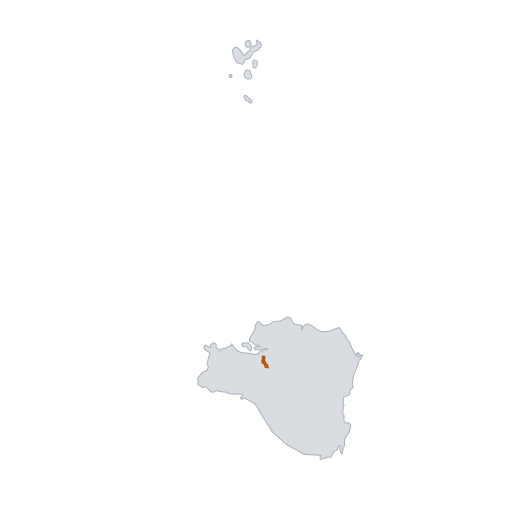 location of El Triunfo, Guayas, Ecuador, rotated 78°
{"feature_id": "8360857B22416675182339", "entity_name": "El Triunfo", "entity_type": "district", "adm_level": 2, "iso_a3": "ECU", "parent_name": "Ecuador", "parent_adm1": "Guayas", "projection": "mercator", "projection_center": [-79.418, -2.292], "detail": "fine", "context": "in_parent", "style": "filled", "palette": "amber", "viewbox_px": 512, "rotation_deg": 78, "n_neighbors": 0, "source": "geoboundaries", "source_scale": "gbopen_adm2", "svg_char_len": 5866}
<svg xmlns="http://www.w3.org/2000/svg" viewBox="0 0 512 512"><g transform="rotate(78 256 256)"><path d="M467.6,212.9L466.2,213.8L462.7,214.2L459.9,213.3L458.8,213.3L458.6,214.2L462.3,216.6L464.0,220.7L466.6,223.2L468.2,224.5L468.3,225.4L467.8,227.1L467.7,228.4L468.5,234.8L468.0,235.2L466.0,235.2L464.4,234.1L460.2,249.8L446.8,265.4L431.5,276.5L413.9,283.0L400.9,287.4L398.9,289.1L392.5,297.0L392.2,297.8L393.1,299.1L393.2,300.0L392.2,300.5L391.4,300.6L391.0,300.2L390.8,299.2L389.9,298.2L388.9,298.0L388.3,298.2L388.3,299.1L387.0,303.3L386.9,305.4L386.4,306.2L386.4,308.1L385.1,309.8L384.1,312.6L383.0,313.5L381.6,317.9L379.7,322.3L379.5,323.8L380.1,324.9L380.4,325.8L379.5,328.5L374.9,331.1L373.8,332.4L373.3,333.9L373.6,335.1L373.5,336.2L372.0,336.5L370.5,339.0L369.4,339.6L366.5,338.8L364.4,338.7L362.8,338.0L359.6,333.8L358.4,331.3L358.0,327.9L354.8,325.7L350.7,326.2L349.5,325.4L346.4,324.0L343.8,322.4L341.8,321.5L340.3,321.9L337.8,324.7L335.5,325.9L334.5,325.8L333.0,325.0L332.8,324.1L336.3,319.3L333.7,319.2L332.8,318.2L332.7,316.9L332.2,315.7L332.7,314.1L334.1,313.3L336.2,313.9L337.6,314.0L338.5,312.5L340.4,311.4L340.8,310.7L339.8,308.3L339.5,307.1L339.8,306.3L339.7,303.8L339.1,302.9L339.1,301.4L338.6,300.7L338.4,298.9L337.0,298.0L341.3,296.3L342.8,295.0L344.8,293.8L346.4,292.0L347.5,290.2L350.0,282.1L352.4,277.0L352.0,274.5L350.0,271.2L349.6,266.3L349.8,264.8L349.5,263.7L348.2,265.7L348.5,272.9L347.4,276.2L345.7,277.0L344.7,276.4L345.3,271.1L344.1,272.1L342.2,275.7L339.0,278.3L338.8,279.2L338.1,280.3L335.6,279.3L333.8,278.2L327.7,272.2L323.7,271.0L321.3,268.9L320.8,268.1L320.5,266.9L323.0,265.6L325.5,263.9L325.7,260.3L325.7,257.4L323.8,252.4L324.7,246.0L324.2,243.4L322.1,238.1L323.6,235.4L329.3,233.4L331.1,232.1L332.4,227.8L333.6,225.3L336.2,226.3L338.1,226.2L335.5,225.2L333.3,221.4L333.0,219.7L337.1,214.4L339.3,213.0L342.0,210.3L344.3,206.1L344.8,199.5L343.9,194.8L343.2,189.8L344.5,188.5L347.9,187.8L350.7,186.2L352.2,184.7L355.5,184.9L359.3,182.6L365.4,181.5L374.0,178.9L375.8,176.5L375.0,172.4L378.2,174.9L379.6,176.9L384.0,179.0L389.2,183.0L392.6,185.0L396.3,186.8L401.7,188.7L405.0,188.4L406.4,191.4L407.6,192.2L410.7,193.2L411.1,193.6L412.2,199.1L412.9,199.9L415.6,200.8L418.9,201.1L420.2,200.9L423.1,202.4L427.6,203.7L429.2,203.9L429.9,203.6L430.2,203.1L431.5,203.2L433.5,203.9L436.3,204.0L438.0,203.3L438.4,200.3L439.0,199.6L441.0,198.5L442.1,198.7L447.3,201.2L448.4,202.0L449.7,203.7L452.2,206.2L454.9,207.8L459.0,208.5L463.0,211.1L467.6,212.9ZM53.4,209.5L55.0,211.1L55.8,215.9L61.0,220.9L61.7,223.7L61.2,225.0L61.5,225.5L64.0,227.5L65.6,229.6L62.9,234.5L57.0,236.5L50.8,236.5L49.5,235.9L47.9,234.1L47.6,232.4L48.5,230.8L51.8,228.4L56.7,226.3L57.3,224.6L55.3,223.0L53.9,219.8L50.8,217.6L49.3,210.7L48.3,210.4L46.2,211.3L45.1,210.5L44.9,210.1L47.2,208.5L47.7,207.4L51.0,206.9L52.5,207.7L53.4,209.5ZM77.6,230.1L76.3,230.2L72.3,227.6L72.5,225.2L74.1,223.5L79.3,222.7L81.5,224.2L81.3,227.2L79.6,229.3L78.1,229.7L77.6,230.1ZM342.0,287.2L341.5,288.2L339.1,288.1L338.4,287.8L339.0,283.0L339.7,281.5L341.7,280.0L343.4,279.3L345.5,279.4L347.8,280.8L345.1,283.2L343.0,283.9L342.0,287.2ZM49.4,222.1L46.8,222.5L44.6,221.6L43.7,220.2L43.5,218.2L43.7,217.5L48.5,216.7L50.1,218.5L50.0,221.0L49.4,222.1ZM101.4,233.7L98.3,234.8L96.6,233.8L96.5,233.1L98.2,231.5L99.8,230.7L101.3,228.8L104.0,227.7L104.8,228.0L105.3,228.4L105.5,229.0L104.6,230.5L102.9,231.5L101.4,233.7ZM71.4,218.8L70.2,219.6L65.4,218.7L63.8,217.1L65.1,215.1L66.1,214.3L69.0,215.0L72.0,217.3L71.4,218.8ZM75.3,244.8L74.3,244.9L72.9,243.8L74.0,241.8L76.0,242.8L76.5,243.6L75.3,244.8ZM373.7,177.7L372.3,177.8L371.6,176.6L373.3,175.2L374.0,174.9L373.7,177.7Z" fill="#d9dde1" stroke="#a8b0b8" stroke-width="1"/><path d="M367.7,267.5L367.5,267.4L367.4,267.4L367.1,267.5L366.9,267.5L366.4,267.5L366.3,267.4L366.1,267.5L366.1,267.4L365.9,267.4L365.8,267.5L365.6,267.4L365.3,267.4L365.2,267.5L364.8,267.6L364.7,267.7L364.4,267.8L364.4,268.1L364.4,268.4L364.4,268.6L364.3,268.9L364.2,268.9L364.3,269.1L364.2,269.2L364.1,269.3L363.9,269.4L363.8,269.2L363.7,269.1L363.5,268.9L363.4,268.9L363.4,269.0L363.2,269.0L363.2,268.9L363.0,268.7L362.9,268.7L362.9,268.8L362.8,268.7L362.7,268.7L362.4,268.9L362.3,269.0L362.2,269.0L361.9,269.2L361.7,269.0L361.4,269.2L361.1,269.2L361.1,269.3L360.9,269.4L360.7,269.5L360.4,269.5L360.2,269.7L359.9,269.7L359.7,269.7L359.4,269.7L359.2,269.7L358.9,269.6L358.7,269.6L358.5,269.4L358.4,269.4L358.3,269.2L358.2,269.3L358.1,269.2L357.9,269.0L357.7,268.9L357.5,268.7L357.3,268.7L357.2,268.5L357.3,268.6L357.2,268.6L356.9,268.5L356.7,268.7L356.7,268.8L356.5,269.0L356.3,268.9L356.3,269.2L356.5,269.2L356.6,269.3L356.8,269.4L356.9,269.5L356.5,269.7L356.4,269.5L355.9,269.6L355.9,269.8L355.5,270.0L355.4,269.9L355.3,270.0L355.2,270.0L355.3,270.0L355.5,270.1L355.6,270.3L355.7,270.2L355.8,270.3L356.0,270.3L356.2,270.5L356.4,270.7L356.5,270.7L356.8,270.7L357.0,270.6L356.9,270.6L357.0,270.6L357.3,270.5L357.5,270.5L357.8,270.7L357.9,270.8L358.0,270.8L358.1,271.0L358.3,271.0L358.4,270.9L358.5,270.9L358.6,271.0L358.7,271.3L358.8,271.3L358.8,271.2L358.9,271.3L358.9,271.2L358.9,271.3L359.0,271.3L359.1,271.2L359.2,271.3L359.3,271.3L359.5,271.3L359.8,271.5L360.0,271.6L360.2,271.3L360.5,271.3L360.6,270.7L360.7,270.8L360.8,270.8L361.0,270.8L360.9,270.9L361.0,270.9L361.0,271.0L361.2,271.3L361.2,271.2L361.3,271.2L361.5,271.2L361.5,271.3L361.6,271.2L361.8,271.3L362.1,271.4L362.2,271.2L362.3,271.2L362.5,271.1L362.6,270.9L362.8,270.9L363.0,270.8L363.1,270.7L363.3,270.7L363.5,270.5L363.5,270.4L363.6,270.2L363.8,270.2L364.0,270.2L364.3,270.1L364.5,270.0L364.8,269.9L364.9,270.0L365.1,270.0L365.4,270.1L365.5,270.1L365.8,270.1L366.1,270.0L366.3,270.0L366.4,269.9L366.5,269.9L366.8,269.8L366.8,269.7L366.9,269.4L367.0,269.1L367.2,268.9L367.3,268.6L367.5,268.3L367.5,268.2L367.7,267.9L367.7,267.6L367.7,267.5Z" fill="#f59e0b" stroke="#b45309" stroke-width="1.5"/></g></svg>